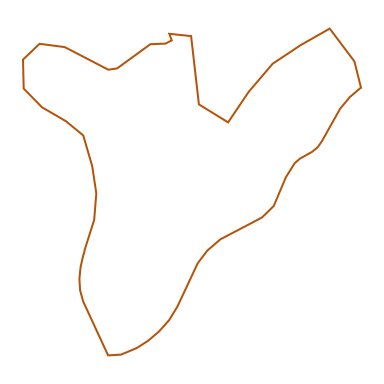 SVG path tracing the border of Zəngilan
{"feature_id": "AZE-1740", "entity_name": "Zəngilan", "entity_type": "District", "adm_level": 1, "iso_a3": "AZE", "parent_name": "Azerbaijan", "parent_adm1": "", "projection": "equal_earth", "projection_center": [46.619, 39.055], "detail": "fine", "context": "isolated", "style": "outline", "palette": "amber", "viewbox_px": 384, "rotation_deg": 0, "n_neighbors": 0, "source": "natural_earth", "source_scale": "10m", "svg_char_len": 749}
<svg xmlns="http://www.w3.org/2000/svg" viewBox="0 0 384 384"><path d="M108.3,69.7L117.1,68.4L150.4,44.2L165.4,43.6L171.7,40.4L169.3,33.8L191.1,36.1L198.9,104.4L228.1,122.4L248.8,91.7L272.7,63.7L300.7,45.1L329.7,28.6L354.4,61.4L360.9,87.3L361.0,87.7L360.8,87.7L349.9,97.0L340.2,108.6L321.8,141.4L317.7,147.2L312.0,151.9L300.1,158.5L294.6,163.3L285.9,177.2L273.8,205.9L262.0,217.5L220.4,239.3L207.3,250.6L197.7,263.3L177.5,306.4L169.3,319.9L159.3,331.2L148.2,340.7L136.6,348.1L121.0,354.6L108.1,355.4L83.1,301.3L80.1,290.2L79.4,278.7L80.6,267.0L83.2,255.5L84.2,252.8L84.7,249.8L94.2,219.8L96.3,193.4L92.3,166.5L83.3,135.5L65.9,121.2L42.0,107.3L23.7,88.6L23.0,59.6L39.6,43.8L64.7,47.1L108.3,69.7Z" fill="none" stroke="#b45309" stroke-width="2"/></svg>